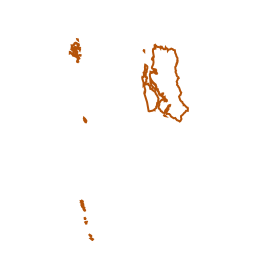 Khura Buri, Phangnga, Thailand, rotated 345°
{"feature_id": "78962969B83869415857059", "entity_name": "Khura Buri", "entity_type": "district", "adm_level": 2, "iso_a3": "THA", "parent_name": "Thailand", "parent_adm1": "Phangnga", "projection": "equal_earth", "projection_center": [98.156, 8.977], "detail": "fine", "context": "isolated", "style": "outline", "palette": "amber", "viewbox_px": 256, "rotation_deg": 345, "n_neighbors": 0, "source": "geoboundaries", "source_scale": "gbopen_adm2", "svg_char_len": 5755}
<svg xmlns="http://www.w3.org/2000/svg" viewBox="0 0 256 256"><g transform="rotate(345 128 128)"><path d="M190.3,62.5L189.4,62.9L187.3,62.8L186.5,63.5L186.7,62.1L186.1,61.2L185.8,61.3L185.5,61.0L185.2,60.0L184.4,61.5L182.9,61.1L182.2,59.9L181.7,59.6L181.7,58.3L180.6,57.8L180.1,59.0L180.0,58.6L178.0,57.4L177.2,57.3L176.7,56.8L176.6,56.0L176.1,55.7L175.8,54.7L175.1,54.9L174.9,55.7L175.0,58.4L174.0,58.4L173.7,57.8L173.0,58.0L172.5,58.6L171.9,60.4L171.4,66.0L170.8,66.6L170.4,66.1L169.6,66.7L168.9,67.7L169.1,68.3L169.5,68.8L170.1,68.7L169.7,71.1L168.8,73.1L166.8,75.5L166.7,76.3L167.0,77.1L169.9,78.6L170.1,79.2L169.8,79.3L169.8,81.6L170.2,82.6L169.6,83.0L168.7,82.6L167.3,80.3L166.7,80.2L166.4,80.9L165.0,80.9L164.9,79.9L164.3,79.5L163.9,80.7L163.0,81.8L162.5,84.0L162.5,85.3L163.0,87.8L164.1,90.4L166.0,93.2L165.9,93.5L166.1,95.5L165.8,96.5L166.2,97.9L166.9,98.3L166.4,100.3L166.6,100.6L166.8,100.3L167.1,100.8L166.9,101.6L167.8,104.2L167.7,104.7L168.7,104.8L170.1,103.5L170.9,103.7L170.8,104.1L169.5,105.0L170.2,107.8L171.5,107.4L171.2,109.5L171.8,109.8L172.7,111.1L172.5,111.4L172.6,111.9L171.8,112.2L171.0,111.4L170.3,111.5L170.4,111.0L169.8,109.7L168.3,109.7L168.0,110.0L168.1,109.7L167.9,109.6L167.7,109.9L166.7,110.0L164.3,112.6L164.1,113.3L164.3,113.7L163.0,115.4L162.9,117.3L163.8,118.3L164.1,120.2L165.0,120.8L165.2,121.6L165.7,122.2L167.1,123.0L167.6,122.7L168.4,120.9L169.4,120.0L170.4,119.7L170.6,119.2L171.6,118.4L172.9,116.8L174.5,116.6L174.6,116.9L173.9,117.9L172.9,117.9L172.3,118.3L171.9,119.2L172.4,118.9L171.9,119.7L172.0,120.2L169.1,122.9L168.9,123.5L168.9,124.5L169.8,124.5L171.4,125.1L172.1,126.2L172.5,127.9L173.1,128.7L174.8,130.5L176.2,130.5L177.3,133.1L178.8,134.1L179.6,135.1L180.4,134.8L182.0,133.1L181.9,131.9L182.3,130.2L184.4,129.3L186.3,127.9L187.2,127.7L188.5,126.4L190.2,126.9L191.0,124.3L190.9,123.8L190.1,123.4L188.4,120.3L187.7,120.3L187.9,119.4L187.2,118.0L187.2,116.8L186.4,116.2L185.7,114.7L185.4,110.9L186.7,109.7L187.3,109.6L188.6,107.5L188.1,106.4L187.8,102.0L187.2,101.2L187.3,100.5L186.5,99.0L187.2,97.6L187.0,95.8L188.6,94.0L188.8,93.4L189.9,93.0L189.8,92.0L188.9,90.9L188.6,89.8L188.8,88.5L188.4,86.5L188.6,85.6L189.2,85.2L189.0,83.9L189.4,81.4L189.8,80.9L190.3,80.7L191.2,79.4L191.1,78.9L192.0,78.5L191.9,77.8L192.3,77.3L193.0,77.0L193.1,76.4L192.9,75.9L193.5,75.4L193.4,74.6L193.9,73.3L193.3,71.2L193.4,70.2L193.2,68.3L193.0,67.7L193.4,65.0L192.0,64.4L191.7,63.5L190.3,62.5ZM158.5,90.4L154.5,90.7L154.5,95.8L154.0,97.3L153.7,97.5L153.6,98.4L153.1,98.8L152.9,98.2L152.7,98.6L153.1,108.0L152.3,117.0L152.8,117.4L156.3,117.6L157.5,117.3L158.2,117.7L158.3,116.9L160.6,115.9L160.7,114.8L161.6,114.0L162.7,111.3L164.1,110.4L164.3,109.0L165.1,107.6L164.5,104.2L163.7,102.0L163.7,100.6L162.2,98.4L161.5,97.9L161.2,96.0L160.8,95.9L160.5,96.4L159.7,96.0L159.9,93.1L159.5,92.1L159.0,91.9L158.7,91.2L158.8,90.8L158.5,90.4ZM162.6,73.8L162.3,72.9L161.3,72.0L161.3,71.5L161.0,71.3L160.0,73.8L159.7,75.6L158.3,78.2L157.4,78.5L157.4,79.8L156.7,82.2L156.2,82.9L155.3,82.9L155.0,82.5L154.8,82.8L154.6,84.5L154.8,88.3L154.2,90.3L155.0,89.6L155.7,89.6L157.0,88.3L157.7,88.1L158.1,86.0L159.4,84.8L159.3,83.8L158.5,83.6L158.5,82.4L159.5,79.4L160.6,78.7L161.1,76.9L162.1,75.4L162.6,73.8ZM100.4,32.6L99.3,32.0L98.4,32.3L98.3,33.1L97.3,33.2L97.1,33.9L97.0,33.7L95.9,33.9L95.0,33.6L95.0,34.3L94.5,35.5L95.3,35.7L95.8,37.6L95.5,37.8L94.7,37.0L93.7,37.3L94.4,38.5L95.3,38.4L95.6,38.7L96.1,38.3L96.6,38.5L96.9,40.2L97.6,40.5L98.6,41.8L98.8,41.3L98.2,40.3L98.3,39.6L97.4,37.6L97.4,36.3L98.4,36.2L98.7,36.9L99.8,37.9L100.0,38.5L101.3,39.2L101.6,40.4L102.2,39.4L101.8,38.4L102.2,38.0L100.7,37.2L100.5,36.7L100.6,35.8L101.1,36.0L102.1,35.2L102.0,34.2L101.8,34.1L101.6,34.6L101.3,34.5L100.5,33.7L100.4,32.6ZM165.7,95.2L165.6,94.0L161.9,87.9L161.5,90.0L161.8,93.0L164.8,98.5L165.5,97.8L165.7,95.2ZM96.4,39.9L95.1,40.0L95.2,40.5L94.6,41.2L94.9,41.5L94.6,42.3L93.1,41.3L92.8,41.5L92.8,41.9L93.3,42.4L93.6,43.9L94.5,44.4L95.1,44.2L95.7,44.5L95.6,45.2L97.1,46.5L97.5,48.7L99.0,48.3L98.5,45.2L97.6,45.0L97.8,43.9L96.1,43.6L96.1,43.1L97.2,42.3L96.8,40.4L96.4,39.9ZM64.9,188.9L64.2,188.8L64.6,189.2L64.4,189.6L63.3,189.7L63.0,190.5L63.3,191.2L63.2,192.1L64.1,193.5L64.0,194.8L64.3,196.1L64.6,196.6L65.2,196.6L65.3,196.3L64.7,194.7L65.2,193.7L64.7,193.4L64.6,192.8L65.1,189.9L64.9,188.9ZM88.9,111.6L89.6,110.5L89.6,110.0L88.8,107.9L88.1,106.8L87.7,107.6L88.1,109.1L87.7,109.4L88.4,111.4L88.9,111.6ZM63.9,224.9L63.2,225.0L64.4,226.7L64.7,226.9L65.4,226.4L64.8,225.7L64.3,225.6L63.9,224.9ZM168.0,79.1L167.7,79.3L167.8,80.1L169.0,81.8L168.7,80.1L168.0,79.1ZM62.2,207.6L62.1,207.0L63.0,210.4L63.0,210.1L63.2,208.9L63.5,208.6L63.4,208.2L62.2,207.6ZM96.7,49.5L96.0,50.3L96.1,51.2L96.6,51.4L96.9,50.9L97.2,50.9L97.1,49.9L96.7,49.5ZM64.3,223.2L64.6,222.9L64.6,222.6L62.7,220.5L63.7,222.8L64.3,223.2ZM64.6,186.2L64.0,186.6L63.5,186.4L63.5,186.8L64.0,187.3L64.4,187.2L65.0,187.9L65.4,187.2L64.6,186.2ZM63.5,204.4L63.1,203.6L62.9,202.9L62.7,204.7L63.2,204.9L63.5,204.4ZM92.1,39.8L91.5,39.5L91.1,40.9L91.8,40.8L92.1,39.8ZM167.2,126.2L166.6,125.3L165.7,124.4L166.4,125.8L167.2,126.2ZM163.5,58.2L163.8,57.1L163.5,56.9L163.1,57.4L163.5,58.2ZM167.6,104.4L167.5,103.6L167.3,103.1L167.0,103.6L167.6,104.4ZM102.5,29.4L101.9,29.1L101.9,29.5L102.4,30.2L102.5,29.4ZM169.6,107.7L170.2,107.9L169.8,107.0L169.6,107.7ZM167.1,103.3L166.7,102.4L166.6,103.2L166.8,102.7L166.9,103.4L167.1,103.3ZM101.1,45.4L100.5,45.0L100.3,45.0L100.9,45.7L101.1,45.4ZM169.5,82.2L169.5,81.9L169.1,81.1L169.2,81.9L169.5,82.2ZM171.4,119.7L171.6,119.4L171.6,119.1L171.1,119.4L171.4,119.7ZM64.1,207.8L63.7,207.6L64.5,208.5L64.1,207.8ZM159.0,91.0L159.1,90.5L158.6,90.3L158.8,90.5L159.0,91.0ZM173.7,117.3L173.8,117.2L173.2,117.2L173.7,117.3Z" fill="none" stroke="#b45309" stroke-width="2"/></g></svg>